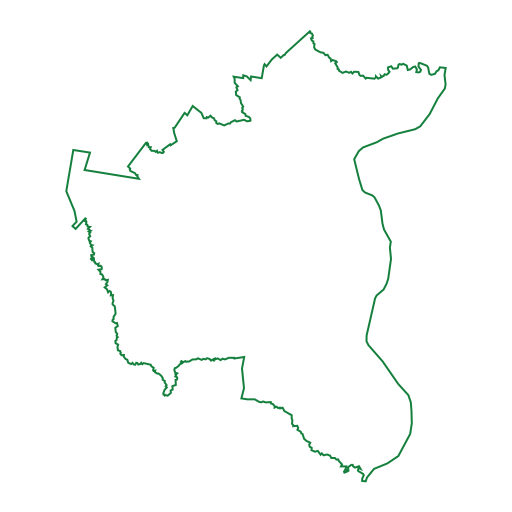 the district of Colón, Entre Ríos, Argentina
{"feature_id": "61730980B75281068807854", "entity_name": "Colón", "entity_type": "district", "adm_level": 2, "iso_a3": "ARG", "parent_name": "Argentina", "parent_adm1": "Entre Ríos", "projection": "albers", "projection_center": [-58.335, -32.025], "detail": "fine", "context": "isolated", "style": "outline", "palette": "green", "viewbox_px": 512, "rotation_deg": 0, "n_neighbors": 0, "source": "geoboundaries", "source_scale": "gbopen_adm2", "svg_char_len": 5958}
<svg xmlns="http://www.w3.org/2000/svg" viewBox="0 0 512 512"><path d="M310.5,30.7L285.9,53.0L284.7,54.9L283.8,55.0L280.7,57.8L277.2,54.6L271.8,59.5L266.5,66.4L264.6,64.2L263.9,65.6L261.7,78.2L251.1,76.5L250.6,80.1L246.8,76.4L243.3,75.3L243.2,78.1L233.7,76.7L234.6,78.6L234.7,82.9L237.9,86.3L236.4,87.3L237.5,90.2L235.8,91.7L236.2,95.1L239.8,97.3L239.6,98.6L240.5,99.8L241.0,103.1L243.2,106.6L242.2,107.8L242.8,109.0L242.0,110.9L242.5,111.1L242.2,112.2L245.3,114.0L245.7,115.9L248.7,116.8L250.2,118.3L250.5,120.5L250.0,120.9L247.0,121.3L244.1,119.8L236.6,121.5L235.0,120.2L231.0,122.2L229.9,123.6L228.3,123.5L224.2,125.4L219.2,123.4L217.9,124.0L216.3,123.1L216.3,121.3L214.7,120.2L213.9,118.2L212.0,117.5L210.5,115.7L208.3,117.6L206.8,117.1L206.5,118.3L203.7,118.2L201.4,112.9L192.7,106.0L187.3,115.3L184.6,112.9L174.6,127.8L173.3,128.0L174.2,133.1L176.8,141.2L170.6,145.3L170.1,144.3L162.5,149.9L163.8,151.8L163.1,152.8L161.8,153.0L159.9,152.2L157.7,152.7L157.0,150.8L155.7,151.9L154.6,150.9L151.6,150.8L150.1,149.1L150.7,147.2L148.7,147.1L148.2,144.7L147.5,144.9L147.8,143.9L147.0,143.9L147.1,142.7L146.0,142.8L128.0,166.5L130.2,168.6L129.8,169.5L130.4,171.0L134.9,173.1L136.2,175.0L137.5,175.1L137.2,176.1L138.9,178.8L84.6,170.0L90.0,152.6L73.3,150.0L66.3,191.2L74.5,211.0L76.6,221.6L72.5,226.1L75.6,228.9L85.3,218.4L85.8,218.7L85.0,219.9L85.8,220.8L85.2,221.2L86.4,222.0L86.0,224.3L87.3,224.8L87.7,226.6L89.9,226.9L87.9,229.0L90.7,230.7L88.8,231.6L90.2,232.5L89.1,234.0L90.2,236.2L88.5,237.7L88.5,238.6L89.3,240.8L90.8,241.3L89.8,242.6L91.1,245.0L92.3,245.3L90.8,246.3L92.3,247.7L92.6,252.0L94.2,253.1L93.9,254.6L91.2,255.1L91.2,255.9L93.3,257.6L93.1,258.3L91.2,258.3L90.9,258.9L92.1,260.3L93.9,259.0L94.2,261.7L95.1,262.1L95.3,263.4L97.5,264.3L98.5,263.8L98.1,265.6L98.9,266.1L100.6,265.7L101.8,267.2L101.6,269.3L98.5,269.7L100.4,271.8L100.4,274.0L102.0,274.4L103.3,276.5L103.4,277.7L102.4,279.3L104.7,279.1L105.5,280.2L107.8,279.8L107.5,281.8L105.9,284.1L107.3,285.3L104.7,287.4L107.0,289.3L108.1,292.3L109.4,291.0L110.7,291.7L111.2,293.0L110.8,295.4L113.0,295.1L112.6,298.0L113.5,300.9L112.6,302.9L112.6,304.4L114.8,306.4L115.5,312.5L115.5,314.0L113.6,316.7L113.6,319.1L112.7,319.7L112.4,321.2L115.6,323.3L117.0,323.0L117.8,326.0L115.3,327.8L115.8,332.2L117.2,333.7L116.6,335.8L117.7,337.1L116.8,337.7L116.6,340.0L115.4,340.9L115.6,343.2L118.1,344.6L117.5,346.9L117.9,350.3L120.1,351.0L120.8,352.7L120.3,353.6L121.5,355.2L123.9,355.0L123.7,356.5L125.6,359.0L127.3,359.7L128.2,362.7L131.1,364.1L132.5,362.9L133.8,364.5L135.3,364.7L136.3,362.8L137.6,363.2L138.3,364.5L140.4,364.0L141.2,362.8L142.3,364.2L143.6,363.1L150.7,364.7L151.4,366.3L153.7,367.8L153.1,370.2L153.7,371.0L155.2,370.6L154.9,372.0L157.0,373.5L158.5,373.5L161.0,375.5L162.7,377.9L162.7,379.7L164.8,381.0L164.7,382.5L166.6,385.1L165.7,386.3L166.8,387.4L164.6,389.8L163.3,393.3L163.6,394.7L164.6,394.6L164.9,395.5L165.7,395.1L167.6,395.7L170.8,393.0L170.6,390.6L172.7,389.5L172.4,386.1L175.8,385.0L175.6,379.9L177.0,379.5L177.3,378.3L177.0,377.2L175.3,376.4L176.2,375.0L175.6,374.4L177.1,373.3L175.1,372.6L174.3,369.8L174.9,368.1L176.2,367.8L178.8,365.8L179.5,364.5L181.9,363.3L180.8,362.0L181.4,361.1L183.1,362.2L185.4,361.1L186.1,361.8L189.3,361.4L192.4,359.5L196.5,359.3L197.8,358.3L201.8,359.9L203.2,358.9L205.7,359.3L207.0,358.2L209.7,359.0L211.0,360.6L212.6,359.6L213.9,360.6L214.3,360.0L214.0,358.9L215.2,358.4L215.6,359.2L217.5,358.4L220.7,360.1L222.5,358.7L225.0,359.4L228.8,357.8L233.1,357.8L234.0,358.4L234.4,357.9L235.0,358.4L244.2,357.0L242.0,368.5L244.0,388.2L241.4,398.4L247.0,399.3L254.7,399.3L259.2,401.9L261.1,402.3L263.1,401.5L265.7,402.4L270.8,402.1L271.0,403.5L272.6,403.9L274.6,406.0L274.6,407.6L276.6,406.7L278.2,408.1L279.9,407.6L280.2,408.4L282.6,407.7L284.4,411.1L291.7,415.2L291.7,418.6L292.4,420.1L292.0,423.8L293.3,425.2L293.2,426.2L297.3,425.8L298.2,428.0L297.4,429.8L300.7,431.7L301.4,433.5L302.6,434.1L304.1,438.8L306.6,441.0L310.2,442.7L309.2,444.7L309.7,446.7L311.7,447.8L311.5,450.2L315.0,451.7L317.8,450.9L320.6,454.7L321.8,453.4L323.6,455.3L327.1,454.5L330.0,455.6L331.3,458.0L334.9,458.0L336.4,459.6L338.2,459.4L338.7,460.8L342.0,464.4L341.0,466.4L346.2,466.4L345.8,468.6L344.0,471.7L344.4,472.6L347.0,471.6L346.8,470.3L347.8,471.1L348.5,470.7L347.9,467.3L351.3,464.9L352.7,464.9L353.1,466.3L355.1,467.6L359.0,466.2L360.5,468.8L358.7,467.9L357.9,470.1L358.3,471.1L363.1,473.9L363.8,475.2L362.2,478.5L362.2,481.0L365.7,481.3L367.0,477.5L374.0,468.9L387.4,463.4L398.3,456.1L410.2,433.9L411.8,423.3L411.5,411.4L410.8,402.3L408.4,395.2L398.1,383.8L382.7,361.5L368.4,345.1L366.5,341.2L366.6,335.5L375.1,298.3L376.6,295.5L383.6,289.5L386.5,283.9L388.2,278.8L391.0,258.9L389.9,247.6L390.8,241.6L384.0,229.5L382.5,223.7L380.8,210.4L378.9,205.4L374.6,197.5L372.5,195.5L365.0,192.5L362.4,190.0L359.0,178.9L354.2,159.2L358.8,151.1L363.1,147.4L376.9,142.2L383.3,138.6L397.9,133.5L415.2,129.2L420.3,126.3L429.7,114.0L437.8,98.4L444.8,88.6L445.6,84.4L444.5,75.0L445.7,68.0L439.9,67.3L438.3,70.4L436.7,71.1L434.9,73.9L431.3,74.8L429.4,73.9L428.1,67.4L427.0,65.8L421.4,63.5L419.2,62.9L418.7,63.4L418.5,66.6L421.0,69.9L420.2,71.8L418.8,72.4L416.3,72.1L416.9,69.4L415.2,66.5L413.0,67.1L410.2,69.4L407.8,70.0L406.7,65.6L403.1,63.8L401.4,64.7L399.7,64.0L398.5,64.7L397.9,67.6L397.2,68.3L392.9,68.7L391.3,66.3L388.3,67.2L387.9,67.9L388.3,70.2L389.5,71.8L387.7,74.0L386.3,74.8L384.6,74.3L383.5,76.1L381.6,76.6L381.1,76.1L381.4,77.3L378.1,78.6L376.0,76.4L376.0,77.3L374.5,78.7L366.6,77.8L365.7,78.6L363.0,75.6L360.9,75.9L359.6,75.2L358.4,72.0L354.2,71.7L352.4,73.5L351.0,71.8L349.2,72.8L346.0,71.5L342.6,72.9L339.0,70.7L338.8,69.4L337.6,68.9L337.7,67.4L335.2,63.3L336.8,62.1L336.3,61.3L332.5,60.0L331.1,61.1L330.5,58.4L329.4,57.9L327.6,54.8L325.4,55.2L323.5,52.8L320.4,52.3L315.4,49.6L314.1,47.4L314.5,44.0L313.4,43.3L313.4,41.4L311.8,40.5L311.0,38.4L312.6,38.1L312.3,36.6L312.9,35.7L312.0,33.6L309.7,32.7L310.5,30.7Z" fill="none" stroke="#15803d" stroke-width="2"/></svg>